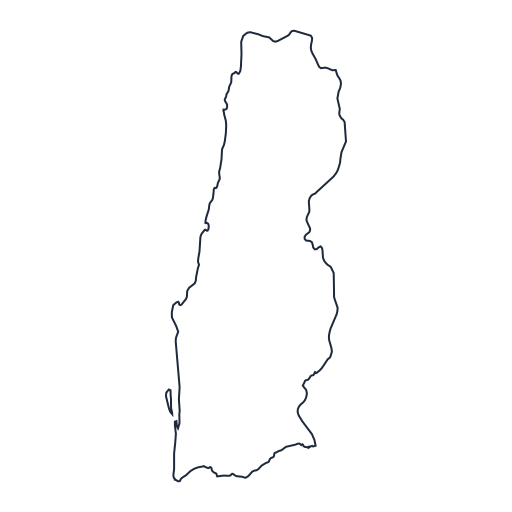 the border of Namibe
{"feature_id": "AGO-1893", "entity_name": "Namibe", "entity_type": "Province", "adm_level": 1, "iso_a3": "AGO", "parent_name": "Angola", "parent_adm1": "", "projection": "equal_earth", "projection_center": [12.66, -15.394], "detail": "fine", "context": "isolated", "style": "outline", "palette": "slate", "viewbox_px": 512, "rotation_deg": 0, "n_neighbors": 0, "source": "natural_earth", "source_scale": "10m", "svg_char_len": 4599}
<svg xmlns="http://www.w3.org/2000/svg" viewBox="0 0 512 512"><path d="M301.2,445.1L299.6,443.6L297.6,443.7L295.6,444.6L286.0,446.8L281.3,450.3L278.5,451.1L276.8,452.2L274.7,453.0L274.2,454.2L274.1,455.5L273.7,456.6L272.9,457.3L271.3,457.9L270.7,458.3L269.8,459.2L269.1,461.0L268.5,462.0L265.5,463.2L261.5,465.7L258.4,469.1L256.7,470.2L254.5,470.6L252.3,471.6L248.3,476.1L246.1,477.5L245.0,477.7L241.9,476.7L236.6,476.2L235.0,475.4L232.8,473.8L231.9,473.9L230.7,475.2L229.4,475.8L223.6,475.6L217.2,476.4L216.9,475.9L216.7,474.7L216.3,473.6L215.4,473.1L214.5,472.8L213.5,472.1L212.6,471.3L212.1,470.6L211.7,469.7L211.6,468.8L211.4,468.0L210.8,467.3L210.0,467.0L209.6,467.3L209.1,467.8L208.1,468.1L205.0,466.9L204.1,466.2L203.5,466.1L202.9,466.4L202.3,466.6L198.2,467.3L194.1,468.8L190.4,471.1L186.2,475.1L182.6,477.4L181.0,478.8L180.4,479.8L180.2,480.6L179.8,481.1L178.5,481.3L177.5,481.0L176.0,480.0L174.8,479.7L174.8,478.8L174.0,478.1L173.6,476.9L173.4,475.4L173.5,473.8L174.1,469.2L174.1,453.4L175.2,443.1L175.9,433.8L174.9,425.3L174.9,421.7L176.4,421.1L176.9,426.2L178.0,428.3L179.5,423.2L179.3,414.0L179.7,410.9L178.9,399.5L179.6,387.0L175.7,341.4L175.8,339.1L176.2,337.1L178.2,331.7L176.2,326.1L171.9,317.4L171.8,312.3L173.2,305.3L174.3,304.2L176.1,302.7L178.0,301.7L178.8,302.4L179.2,304.5L180.2,305.1L181.5,304.6L186.0,299.0L186.8,297.1L187.0,295.5L187.1,292.2L187.4,290.5L189.2,287.7L194.7,283.4L195.8,280.7L196.1,277.2L197.9,268.1L199.0,264.9L198.0,261.7L198.3,258.2L199.5,251.4L200.4,237.2L200.9,235.4L201.6,233.8L204.7,229.9L205.4,229.7L206.8,230.7L207.5,230.7L208.3,229.4L208.7,227.4L208.7,225.3L208.1,223.7L206.8,222.8L205.8,223.2L205.4,223.0L205.6,220.4L206.5,216.6L208.8,209.4L209.3,205.2L209.7,203.5L210.5,202.2L211.5,201.0L212.4,199.7L212.9,198.1L213.7,191.5L213.7,189.9L213.9,189.0L214.6,187.9L215.2,187.9L215.8,188.1L216.4,187.8L217.2,186.2L217.9,182.9L219.7,179.1L219.7,176.9L219.3,174.8L219.1,172.5L219.3,171.0L220.1,168.2L221.5,159.4L222.0,149.8L222.5,148.1L223.9,145.1L224.9,140.8L225.9,132.8L226.2,125.1L225.9,121.2L224.9,117.1L224.3,115.1L224.1,114.2L224.0,113.0L223.9,112.3L223.5,111.2L223.4,110.5L223.5,109.6L223.8,109.7L224.2,109.9L225.0,109.5L226.1,109.2L226.5,108.9L226.9,107.9L227.1,106.8L227.1,105.7L227.1,104.7L226.3,103.0L225.2,101.4L224.7,99.6L226.1,96.6L226.6,94.0L228.4,91.2L228.8,89.4L229.0,87.6L229.6,85.8L231.1,82.7L231.3,81.4L231.4,77.2L231.7,75.3L232.5,73.9L234.6,73.0L235.1,72.3L235.6,71.9L236.3,72.1L237.5,73.3L238.1,73.8L238.8,73.7L240.3,71.0L240.9,66.7L241.5,54.1L241.2,42.2L241.5,40.8L242.7,37.6L243.0,36.2L246.0,33.6L247.7,32.6L250.2,32.2L258.4,34.3L262.8,36.1L269.2,37.4L273.1,41.0L275.2,41.7L277.7,41.0L287.4,35.9L289.0,34.8L290.3,32.8L291.7,31.2L294.1,30.7L310.7,35.6L312.0,37.6L312.1,39.7L311.0,45.2L310.8,48.0L311.3,50.7L312.5,53.5L315.7,59.2L318.1,64.8L319.3,67.0L321.0,68.2L325.4,67.6L328.1,68.4L331.5,69.9L332.8,70.3L335.7,70.0L336.9,74.0L337.7,76.0L339.2,78.1L340.5,80.6L341.0,83.4L340.5,86.6L340.1,88.2L338.6,91.7L337.4,98.4L339.8,109.0L339.2,113.1L339.6,115.4L341.4,118.4L343.1,119.7L344.6,122.0L346.0,141.4L341.5,152.2L340.4,158.9L340.2,161.7L339.6,164.5L337.8,170.1L336.1,173.2L333.5,176.6L317.0,191.7L315.1,193.6L313.5,194.2L311.5,195.4L309.7,198.0L308.8,201.3L309.4,210.0L309.2,212.0L307.1,216.5L306.6,218.2L306.5,220.6L310.1,228.5L310.1,230.5L309.3,232.2L306.0,234.7L304.6,236.7L304.7,238.9L306.0,240.5L310.0,241.0L311.8,242.1L312.7,244.7L313.2,247.4L314.7,249.3L316.6,249.2L318.6,247.4L320.6,246.4L322.1,248.2L322.5,250.6L323.0,257.8L324.1,260.7L325.7,262.9L327.6,264.8L330.6,266.7L333.7,273.0L334.1,297.4L337.6,307.8L337.4,311.0L336.7,314.1L330.5,328.7L329.7,331.7L329.0,335.3L328.9,338.1L329.3,340.7L331.4,347.9L331.9,351.7L330.4,356.7L329.8,357.5L329.5,357.9L327.7,359.3L321.9,368.0L319.5,370.6L316.6,372.9L316.2,373.1L315.8,373.1L315.5,372.8L315.3,372.3L315.0,372.1L313.8,374.6L313.3,375.1L312.6,375.3L312.0,375.4L311.0,375.8L310.5,376.3L308.7,379.2L307.9,379.7L307.1,380.0L306.1,380.2L305.5,380.5L305.0,380.9L304.8,381.4L304.2,382.9L302.8,385.5L304.5,388.0L305.4,388.9L306.0,389.7L306.5,391.1L306.9,393.7L306.1,397.6L304.7,400.6L302.7,402.8L300.8,404.3L299.0,406.5L297.9,408.9L297.6,411.9L298.6,415.2L302.3,421.3L311.9,434.1L314.4,439.9L315.6,445.7L313.4,446.4L312.8,446.4L312.2,445.9L310.9,446.3L308.6,447.7L308.6,446.8L307.7,447.2L306.6,447.2L304.6,446.8L303.6,446.2L303.1,445.0L302.4,444.3L301.2,445.1ZM171.0,403.7L171.1,408.3L172.1,412.6L172.2,414.2L170.2,411.7L168.9,408.2L166.0,396.3L166.2,393.0L167.1,391.6L168.9,389.5L170.5,390.2L170.7,396.1L171.0,398.8L171.0,403.7Z" fill="none" stroke="#1e293b" stroke-width="2"/></svg>